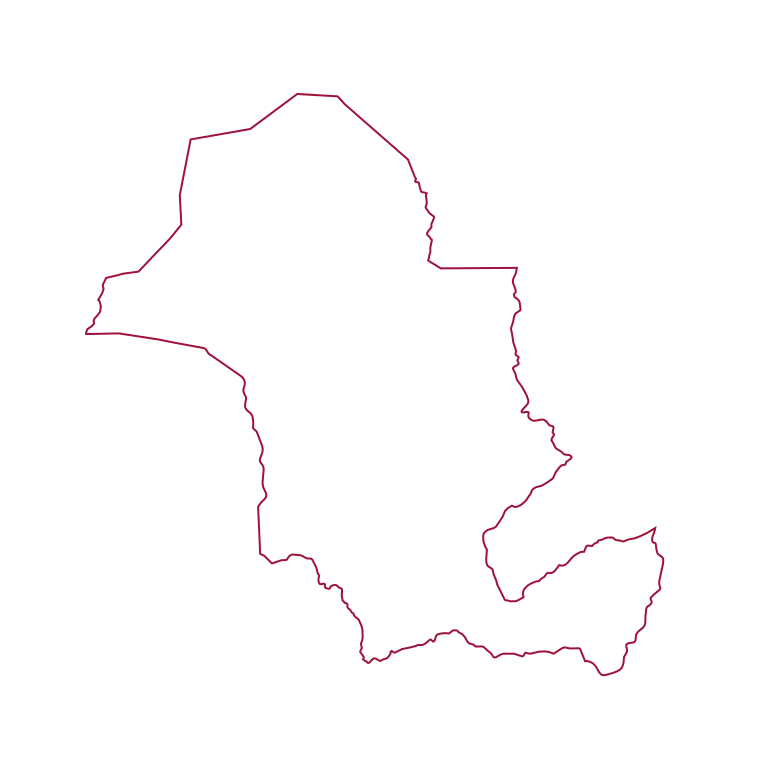 outline of Cololaca, Lempira, Honduras, rotated 278°
{"feature_id": "27666195B2519536680444", "entity_name": "Cololaca", "entity_type": "district", "adm_level": 2, "iso_a3": "HND", "parent_name": "Honduras", "parent_adm1": "Lempira", "projection": "mercator", "projection_center": [-88.919, 14.306], "detail": "fine", "context": "isolated", "style": "outline", "palette": "rose", "viewbox_px": 768, "rotation_deg": 278, "n_neighbors": 0, "source": "geoboundaries", "source_scale": "gbopen_adm2", "svg_char_len": 6150}
<svg xmlns="http://www.w3.org/2000/svg" viewBox="0 0 768 768"><g transform="rotate(278 384 384)"><path d="M599.3,158.5L542.6,155.5L513.6,161.1L499.2,152.5L461.1,125.2L456.9,110.2L454.9,105.7L450.4,94.1L443.0,91.7L439.0,93.1L434.5,92.2L427.5,89.3L426.6,90.6L421.7,92.8L415.9,92.8L411.3,90.2L408.5,88.2L406.0,87.7L403.5,88.5L400.2,86.2L397.1,82.7L393.9,81.9L392.0,82.1L397.2,114.5L396.7,154.2L395.6,173.7L394.5,200.3L394.1,201.8L393.3,203.1L390.0,205.7L389.0,207.0L388.4,208.8L371.9,241.3L370.4,243.5L368.1,245.2L365.6,246.1L362.8,246.1L359.2,245.5L357.2,245.8L355.1,246.8L352.2,248.9L350.7,249.5L344.0,249.3L341.5,249.8L339.1,251.6L336.7,255.7L334.5,257.7L332.6,258.6L327.2,260.0L322.3,260.4L321.3,261.3L319.8,263.8L318.5,264.9L305.8,271.9L303.2,272.9L299.6,273.1L293.2,271.7L290.9,271.7L289.4,272.4L286.7,275.1L284.3,276.4L282.1,276.8L270.0,277.4L267.8,277.8L264.7,278.9L259.8,282.2L257.6,282.9L255.9,282.9L254.2,282.3L249.4,278.7L245.1,276.4L198.6,285.0L197.1,289.5L190.7,298.0L195.1,306.7L196.1,311.7L196.9,312.5L199.1,313.4L200.8,314.5L201.8,315.8L202.4,317.1L202.8,325.1L202.5,326.6L200.6,331.5L200.9,336.4L199.8,337.7L193.4,342.1L191.8,343.0L187.7,344.5L185.8,346.1L184.8,346.4L182.1,346.2L179.3,346.7L178.2,347.2L177.0,348.2L176.9,349.0L177.8,351.9L177.8,353.1L177.3,353.5L175.4,353.6L174.6,353.9L173.8,354.9L173.5,356.4L173.7,358.6L176.3,359.5L177.5,361.4L178.3,363.4L178.0,365.2L176.2,367.6L175.4,370.6L174.4,371.1L168.5,371.6L163.8,373.2L161.7,375.9L161.6,377.3L161.2,378.0L160.6,378.4L158.3,378.8L157.3,379.3L155.5,382.1L153.3,383.8L152.6,385.4L149.8,387.4L147.0,391.9L141.1,395.5L137.4,396.9L130.4,398.1L126.8,398.1L123.6,397.3L119.3,398.8L116.6,397.8L115.4,397.7L111.1,401.8L110.0,402.1L108.4,401.6L107.0,404.0L106.9,405.1L105.6,406.8L105.7,407.7L106.2,408.4L109.9,410.9L110.9,412.1L110.9,414.3L109.4,417.7L109.2,418.9L110.7,420.7L112.6,424.7L114.0,426.0L116.5,427.4L118.3,428.0L119.7,427.8L120.6,428.5L120.6,429.1L119.5,431.0L119.5,432.1L124.1,439.0L127.1,447.5L129.2,452.3L130.3,454.0L130.7,457.4L131.2,459.0L132.7,461.0L137.3,465.1L137.4,466.0L135.9,468.3L135.9,469.1L137.0,469.8L141.6,470.6L143.4,471.8L144.9,475.4L145.9,479.8L145.9,482.8L146.4,483.6L149.1,486.0L149.7,487.2L150.0,489.1L150.0,490.9L148.3,492.9L147.5,495.6L146.8,496.7L144.8,499.1L140.5,502.5L139.2,504.2L138.8,505.4L138.4,508.9L137.1,510.5L136.8,511.5L137.7,516.9L137.5,519.2L134.6,523.4L132.3,527.4L129.2,530.0L128.5,531.3L129.0,532.9L132.4,537.3L133.6,539.9L135.0,550.4L133.5,558.7L133.9,559.5L134.6,560.2L137.2,561.1L137.6,561.6L137.2,565.0L137.4,566.7L140.5,574.8L141.6,580.4L141.6,584.4L140.6,589.5L146.8,596.7L148.1,598.6L148.3,600.1L148.0,605.0L149.4,613.6L149.2,614.6L148.5,615.3L137.4,621.8L137.9,623.6L137.8,625.5L137.2,628.1L136.0,630.4L133.8,633.0L127.9,637.7L126.3,640.1L126.1,641.1L126.3,642.8L128.0,647.2L131.0,653.4L133.4,656.9L135.6,658.6L137.9,659.5L140.9,660.0L147.0,659.7L152.4,661.8L154.5,661.7L158.3,660.3L159.5,660.2L160.3,660.7L161.2,661.9L162.9,667.2L164.0,668.4L165.8,668.7L169.9,668.5L171.9,668.9L174.5,670.4L179.0,674.6L181.7,675.8L183.9,676.0L191.0,675.2L198.0,675.0L199.7,675.4L202.4,678.3L204.4,679.4L205.8,679.3L208.3,677.9L209.3,677.8L212.9,680.4L218.3,685.3L219.9,686.1L224.3,684.4L227.1,684.0L244.9,685.3L248.5,685.1L250.2,684.4L251.3,683.5L253.5,679.4L254.4,678.4L257.2,677.1L263.6,675.3L264.3,674.6L264.6,672.5L266.0,671.4L267.5,671.1L269.2,671.0L276.0,672.4L279.1,672.6L273.0,665.1L268.6,658.4L265.9,653.2L264.1,647.8L261.6,643.4L261.3,642.1L261.8,639.7L261.7,635.6L262.1,634.5L263.4,632.5L263.8,631.4L263.1,627.0L262.1,624.3L260.1,621.5L258.9,618.3L258.4,617.8L257.0,617.5L255.1,614.5L252.5,612.6L252.5,609.2L251.9,607.4L250.7,606.7L245.7,605.5L245.3,603.2L244.9,601.9L241.2,596.9L239.0,594.9L232.7,590.9L230.6,589.0L229.6,587.5L228.9,585.9L228.8,584.6L229.1,583.1L229.0,582.7L222.9,579.3L221.2,577.9L220.1,576.0L219.7,572.2L218.8,571.4L215.3,569.5L212.5,566.2L210.3,564.9L209.7,562.3L209.0,560.8L206.5,556.8L204.5,554.4L200.8,551.6L198.2,550.8L195.0,550.7L192.3,551.9L188.3,546.6L187.3,544.9L186.4,539.6L186.8,537.0L186.8,534.4L187.2,533.6L201.2,524.0L205.2,522.4L210.7,519.1L215.5,517.3L216.2,516.5L217.3,513.8L218.2,512.2L219.2,511.3L220.7,510.5L224.5,509.6L234.2,509.0L236.7,507.1L239.5,505.6L241.8,504.5L244.4,503.8L248.4,503.3L250.8,504.0L253.8,506.8L256.6,512.7L258.4,514.8L268.9,519.9L275.0,521.5L278.1,523.7L281.2,527.3L281.2,528.2L280.5,530.3L280.5,531.6L281.7,534.1L283.6,536.7L286.4,539.3L289.6,541.5L293.1,543.0L294.9,544.2L299.3,545.3L301.3,546.7L303.2,549.3L304.8,553.4L306.0,555.4L309.4,559.5L313.3,563.7L314.7,564.6L320.5,566.3L326.2,569.5L328.3,571.4L329.4,574.7L330.0,575.0L331.9,575.1L336.3,579.5L337.5,580.0L338.6,579.2L339.4,577.5L339.3,573.3L339.5,571.9L341.8,568.8L343.9,563.7L345.6,562.0L349.1,559.7L351.6,557.6L353.7,557.9L357.3,559.5L358.0,559.2L359.5,557.7L363.8,558.0L364.9,557.8L365.6,557.3L366.1,553.6L369.8,549.6L370.9,547.1L370.7,545.1L368.5,538.1L368.6,535.7L369.7,533.4L371.3,531.8L372.5,531.3L375.6,531.3L376.2,530.9L376.3,529.8L375.1,525.3L375.2,524.5L375.6,524.1L376.5,524.1L377.8,524.7L384.2,529.0L386.1,529.4L388.0,529.1L392.6,526.8L399.9,521.5L406.7,515.0L412.8,512.5L416.8,509.7L417.9,509.6L419.0,510.1L421.5,513.7L422.6,514.5L423.4,514.4L426.2,512.8L429.0,513.7L429.7,513.2L431.1,510.7L431.9,510.0L434.4,510.2L435.9,509.9L443.4,506.2L450.2,504.2L456.3,502.1L457.7,502.1L463.3,503.2L468.3,503.4L470.7,503.8L472.6,504.9L475.6,508.4L476.7,508.8L482.7,507.3L484.7,506.4L486.4,504.8L488.3,501.2L490.3,500.2L491.3,500.3L492.9,501.5L494.1,501.6L496.6,500.7L501.9,497.8L504.5,497.2L506.2,497.4L512.4,499.2L517.5,499.4L506.4,424.1L512.4,410.5L515.7,411.0L518.5,411.0L520.6,411.6L525.5,410.9L533.1,411.4L533.7,411.1L534.4,409.8L536.0,408.6L537.8,406.1L538.9,405.6L541.6,406.5L545.6,409.1L549.1,408.7L552.8,409.8L556.0,410.5L556.9,409.9L559.4,405.3L564.3,400.8L565.2,400.6L568.8,401.2L573.2,400.3L576.3,399.2L578.7,399.8L579.2,397.6L579.3,395.0L579.6,394.1L584.0,391.9L588.1,390.6L588.5,389.1L588.5,387.4L588.9,386.7L589.5,386.6L591.0,387.1L592.0,386.9L593.2,385.8L609.6,376.5L655.6,306.2L662.4,298.0L659.1,257.7L617.9,216.0L599.3,158.5Z" fill="none" stroke="#9f1239" stroke-width="2"/></g></svg>